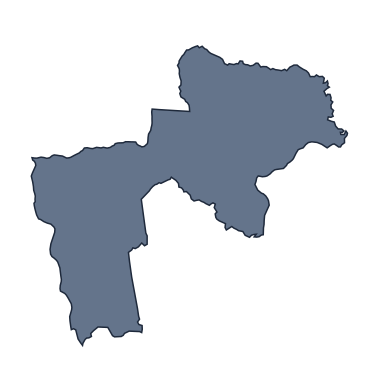 the district of São Bento do Tocantins, Tocantins, Brazil, rotated 176°
{"feature_id": "56859067B59328995641391", "entity_name": "São Bento do Tocantins", "entity_type": "district", "adm_level": 2, "iso_a3": "BRA", "parent_name": "Brazil", "parent_adm1": "Tocantins", "projection": "natural_earth1", "projection_center": [-47.96, -5.95], "detail": "fine", "context": "isolated", "style": "filled", "palette": "slate", "viewbox_px": 384, "rotation_deg": 176, "n_neighbors": 0, "source": "geoboundaries", "source_scale": "gbopen_adm2", "svg_char_len": 4481}
<svg xmlns="http://www.w3.org/2000/svg" viewBox="0 0 384 384"><g transform="rotate(176 192 192)"><path d="M176.2,337.4L178.3,336.9L181.7,335.8L185.4,334.0L187.5,334.0L189.4,331.5L190.7,329.6L192.1,328.6L194.1,325.9L195.7,323.6L196.0,321.5L197.6,319.3L196.1,315.7L196.1,313.4L196.5,310.9L196.0,307.2L195.1,303.6L195.6,299.5L197.7,297.5L196.9,295.2L196.1,293.5L197.3,291.0L196.4,287.6L192.8,285.0L192.0,282.8L190.3,281.4L188.9,278.8L188.7,276.1L188.7,272.5L195.6,273.4L218.5,276.4L226.0,277.5L226.6,274.6L226.6,270.0L226.8,268.0L227.0,263.6L227.4,261.5L228.3,258.8L228.9,256.3L231.3,252.8L232.0,249.5L232.5,245.6L233.1,243.4L236.4,240.8L238.9,240.5L240.4,241.5L242.0,242.2L243.5,243.5L244.7,245.8L247.3,246.1L249.6,246.3L252.1,246.6L254.8,246.8L257.3,245.9L260.1,246.0L262.3,246.1L265.2,245.6L266.5,244.0L268.4,243.4L270.4,242.2L273.6,241.7L275.3,242.2L277.3,242.8L279.6,242.3L284.1,243.2L287.9,242.2L290.0,242.5L293.5,243.5L296.3,243.4L298.3,241.0L300.0,240.3L301.6,238.9L304.6,237.7L307.0,236.7L310.5,235.1L312.2,234.7L314.7,234.6L318.7,236.9L321.8,237.5L323.9,238.0L326.9,238.6L328.9,238.0L331.6,236.1L334.5,235.7L337.3,236.7L340.2,237.3L342.6,236.9L344.3,236.6L346.5,236.8L349.2,237.4L348.7,235.0L347.1,233.6L346.2,231.7L346.0,229.3L349.8,222.2L351.2,219.1L350.2,213.0L349.8,208.4L349.8,204.8L349.0,201.4L348.6,198.9L349.1,195.7L349.1,193.3L350.4,191.8L350.3,189.5L349.9,186.6L349.3,183.3L348.6,180.0L346.9,175.9L344.9,175.1L341.9,172.8L338.6,171.1L335.0,169.8L332.1,166.6L331.3,164.7L331.8,161.3L336.4,150.1L337.6,144.7L337.4,139.9L336.2,137.4L334.0,135.5L332.0,133.4L330.8,131.5L329.1,125.5L328.7,117.8L328.4,113.8L328.7,111.7L329.9,108.1L330.4,104.7L330.1,102.3L326.0,99.7L324.6,98.0L323.2,95.4L320.2,88.9L319.9,85.2L320.3,82.9L322.7,76.2L322.7,71.8L322.3,65.9L322.0,63.1L319.8,63.9L317.6,62.6L315.9,53.3L313.7,49.4L311.9,46.6L311.4,48.6L309.0,52.3L307.4,53.6L305.0,53.7L302.4,54.9L302.9,57.9L299.8,60.6L295.2,63.9L285.4,62.8L281.3,54.2L279.4,52.9L272.7,52.8L270.6,53.8L269.2,55.7L264.4,57.6L253.9,56.4L252.0,55.3L251.2,58.5L251.1,62.3L254.2,63.5L255.4,66.1L253.2,68.8L253.9,71.6L254.5,79.4L258.1,111.3L259.2,127.2L259.6,136.2L256.3,138.3L254.8,140.4L252.6,139.5L249.3,141.0L245.7,144.6L243.1,141.7L240.4,143.0L239.8,151.4L240.9,154.2L243.1,188.3L234.4,196.2L233.3,197.8L230.8,200.2L228.3,201.9L226.5,202.2L224.2,203.6L222.4,202.8L214.9,205.8L213.0,206.2L211.6,208.2L207.2,204.7L204.9,201.5L204.7,197.8L202.2,196.9L200.6,194.7L200.1,192.7L197.5,192.8L194.0,188.9L193.2,185.2L190.6,182.9L187.8,183.4L185.4,183.6L183.3,182.0L180.9,180.9L179.1,179.5L175.6,177.5L173.8,178.8L171.8,179.7L169.6,178.3L170.9,174.9L168.5,170.3L170.4,168.6L170.0,165.0L169.1,163.2L166.8,161.3L160.8,158.1L161.5,154.3L160.4,151.7L157.5,153.3L154.7,154.8L152.7,153.0L150.0,151.5L148.3,150.2L144.0,149.0L142.0,145.1L137.8,142.8L135.7,144.7L133.2,145.3L130.9,145.4L133.1,142.9L130.5,142.5L128.0,142.8L125.9,144.2L123.9,144.4L123.2,151.2L122.4,154.6L122.0,158.5L121.2,163.6L115.9,173.5L116.3,177.9L117.0,179.9L118.7,182.9L121.0,185.2L122.8,186.0L126.3,189.3L128.7,195.1L127.4,198.1L126.5,201.5L124.8,203.4L120.7,202.3L117.8,202.4L116.0,202.8L112.7,204.7L110.8,206.5L108.1,208.3L106.2,208.6L99.1,209.1L95.9,211.9L94.8,213.7L92.2,215.1L90.0,216.7L88.6,218.1L85.6,223.3L83.1,226.8L81.1,227.5L78.0,228.3L75.3,231.3L72.5,233.2L69.0,233.7L63.7,232.7L59.2,230.5L54.1,226.6L50.8,228.6L48.5,229.8L46.7,230.0L44.5,228.3L42.6,226.7L40.7,226.6L39.4,228.6L36.4,230.5L36.2,234.8L33.5,237.6L32.8,239.8L34.2,242.1L36.2,238.7L39.5,239.0L39.8,241.2L37.8,241.0L36.2,242.3L38.3,244.4L41.8,244.7L44.1,247.7L45.2,251.9L48.0,252.8L51.7,254.6L50.8,257.4L48.2,256.8L45.9,257.7L46.7,260.2L45.1,263.5L47.3,265.8L47.3,269.2L45.3,272.0L47.2,273.8L46.7,276.3L47.5,279.7L49.9,280.0L51.5,278.5L53.3,283.3L50.2,285.7L47.7,287.0L49.5,288.6L48.7,290.6L49.2,293.3L51.2,291.7L53.4,291.4L52.1,296.3L53.8,298.2L57.1,298.2L59.7,300.1L61.8,298.5L63.7,298.8L66.0,298.8L67.5,302.6L69.5,304.9L72.6,306.7L76.3,309.4L78.3,311.3L81.5,311.5L83.2,310.7L85.7,309.7L89.0,306.4L91.0,307.9L94.2,306.8L97.6,307.7L100.2,308.2L102.7,309.5L105.0,308.6L106.5,309.9L109.0,311.8L112.5,312.2L114.7,311.9L117.2,315.8L119.1,316.1L122.2,314.1L125.2,313.7L127.5,315.0L130.0,315.4L131.9,316.5L132.4,318.9L135.0,319.4L137.0,316.6L138.7,317.0L141.2,316.2L143.5,316.7L146.0,317.4L147.6,316.1L150.6,317.8L152.3,322.2L154.9,324.4L163.7,329.0L165.5,330.6L167.4,333.1L169.3,334.0L171.7,336.7L174.7,335.4L176.2,337.4Z" fill="#64748b" stroke="#1e293b" stroke-width="1.5"/></g></svg>